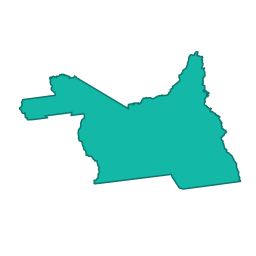 outline of Pimenta Bueno, Rondônia, Brazil, rotated 353°
{"feature_id": "56859067B24271641905673", "entity_name": "Pimenta Bueno", "entity_type": "district", "adm_level": 2, "iso_a3": "BRA", "parent_name": "Brazil", "parent_adm1": "Rondônia", "projection": "orthographic", "projection_center": [-60.823, -11.862], "detail": "fine", "context": "isolated", "style": "filled", "palette": "teal", "viewbox_px": 256, "rotation_deg": 353, "n_neighbors": 0, "source": "geoboundaries", "source_scale": "gbopen_adm2", "svg_char_len": 5800}
<svg xmlns="http://www.w3.org/2000/svg" viewBox="0 0 256 256"><g transform="rotate(353 128 128)"><path d="M27.0,87.0L26.5,88.2L25.4,89.5L25.9,91.3L25.6,91.9L25.5,92.5L25.2,92.9L25.4,93.4L22.9,94.8L22.8,95.6L23.1,96.3L23.9,96.5L23.9,97.0L24.4,97.9L24.3,98.8L25.0,100.3L25.7,100.7L26.3,100.7L27.0,100.4L27.9,100.8L27.7,101.5L27.4,101.9L27.3,102.5L27.8,103.3L27.3,104.5L27.6,105.1L28.1,105.6L28.7,105.5L29.3,105.7L29.1,107.3L29.6,107.7L35.1,108.1L49.2,108.0L48.7,107.0L47.7,105.9L74.1,105.7L73.8,106.3L73.2,108.6L84.8,108.5L85.9,108.6L86.0,109.3L86.3,109.8L86.3,110.3L86.2,110.9L85.7,112.7L85.3,113.1L83.8,113.9L83.3,114.3L82.7,115.2L81.5,117.9L81.5,119.9L80.9,121.4L80.3,122.3L78.9,123.6L78.4,124.7L77.8,127.7L77.9,129.4L78.1,130.1L78.0,130.9L77.5,132.0L77.8,132.7L77.9,134.3L78.2,134.8L79.0,135.2L80.5,135.7L80.4,136.4L80.8,136.7L80.8,137.2L81.0,137.7L80.8,138.4L80.8,139.1L81.2,140.7L81.7,142.0L81.5,142.6L81.5,143.7L82.5,144.7L83.3,145.9L83.2,147.2L83.5,148.1L83.3,148.9L83.5,149.4L83.1,149.8L83.6,150.1L84.5,150.1L85.2,151.0L85.7,151.3L87.9,151.4L88.5,151.8L88.9,153.2L89.5,153.8L90.1,155.1L90.6,155.4L91.1,156.6L92.6,156.8L93.1,157.0L93.2,158.2L93.5,160.2L93.4,161.6L93.9,162.2L94.4,163.2L94.4,164.0L93.9,164.8L93.7,165.7L94.2,167.6L94.2,168.2L94.0,168.7L93.2,169.5L92.6,170.6L92.8,171.5L92.5,172.2L92.4,173.1L91.3,174.5L90.6,174.9L90.0,175.8L88.0,175.9L88.0,176.9L88.3,177.7L87.8,178.3L87.6,178.9L88.0,179.3L96.4,179.4L165.3,179.3L166.0,182.3L167.5,185.0L168.4,187.2L171.1,192.6L171.8,193.8L174.6,195.1L176.3,195.3L233.0,194.7L233.2,194.1L233.1,193.6L232.3,193.1L232.1,192.2L232.3,191.6L232.9,191.3L232.7,190.2L231.9,189.1L232.1,188.4L232.0,186.9L232.5,185.9L232.5,185.4L232.4,184.7L231.8,183.7L231.5,182.6L231.6,181.6L231.1,181.0L231.0,180.3L231.0,179.4L231.2,178.6L231.1,178.0L231.4,176.8L231.1,176.1L230.5,175.5L230.4,175.0L229.4,173.8L229.2,172.9L229.2,172.0L228.4,170.7L228.1,169.2L227.5,167.8L226.3,166.9L225.3,165.7L225.0,165.0L224.2,164.7L223.1,163.9L222.7,163.3L223.4,162.1L223.1,161.4L221.7,160.4L221.2,159.7L221.4,159.3L221.3,158.7L221.3,158.2L221.0,156.4L220.7,155.8L221.0,155.4L220.3,154.7L220.4,154.0L220.6,153.6L220.7,152.7L220.4,152.3L219.8,151.9L219.5,150.3L219.2,149.8L219.1,149.2L220.2,148.5L220.8,147.7L222.2,147.2L222.3,146.5L222.8,146.2L223.2,145.3L224.5,144.7L225.2,144.0L224.6,143.4L224.7,142.3L224.2,142.3L223.0,141.5L222.5,140.6L221.4,140.4L221.1,139.9L221.2,139.4L221.6,138.2L221.2,137.8L221.0,136.8L221.4,136.0L221.6,134.5L221.0,134.6L220.9,133.7L221.2,132.9L220.2,131.7L220.1,131.0L219.3,129.9L219.3,129.4L219.5,128.8L220.5,128.2L218.9,126.7L218.3,127.0L217.8,126.3L216.4,125.7L216.4,125.1L216.9,125.1L216.5,124.7L216.3,124.1L215.8,124.1L214.1,122.6L213.8,122.1L213.2,121.7L212.7,122.2L211.8,121.8L211.4,121.2L212.6,119.3L212.1,119.4L212.0,118.8L211.6,119.2L211.0,118.8L210.8,118.3L210.2,117.7L209.6,117.6L209.3,116.5L208.8,116.4L208.6,115.9L208.2,115.2L207.3,115.0L206.7,114.5L206.8,113.9L206.8,112.5L207.2,112.2L207.9,111.3L207.9,110.5L207.6,110.0L207.5,108.4L208.1,108.5L209.4,106.6L209.6,105.9L210.7,106.1L211.0,106.5L211.8,105.5L211.3,105.2L210.1,105.0L210.0,104.3L210.3,103.6L212.1,103.8L212.7,103.3L212.2,102.6L211.6,102.3L211.0,102.5L210.0,102.3L210.5,101.2L209.4,100.2L208.8,100.5L208.4,101.2L207.9,101.3L207.4,100.9L207.2,100.4L207.4,100.0L208.8,98.9L208.9,98.4L209.1,97.9L209.0,97.3L209.4,95.9L209.1,95.1L207.8,94.7L206.9,94.2L207.1,93.4L207.6,92.6L208.0,92.8L208.0,92.3L208.4,90.4L208.0,89.8L208.3,89.2L208.0,88.6L208.5,87.8L209.1,87.5L209.6,86.9L209.7,86.3L210.9,85.5L210.6,84.3L211.1,82.4L211.0,81.8L210.7,81.4L210.5,80.9L210.3,79.2L211.1,78.3L211.0,77.8L210.0,78.1L209.1,77.5L208.5,77.4L209.0,76.9L209.3,75.8L209.9,74.7L210.3,73.4L210.0,72.3L209.5,72.0L210.2,70.1L209.9,69.7L209.9,69.1L209.5,68.9L210.2,68.2L210.7,67.0L210.4,66.1L209.3,66.4L208.8,65.9L207.9,65.6L206.7,64.9L205.6,64.6L205.2,64.0L205.7,63.7L205.6,63.1L206.2,62.6L206.6,61.0L204.9,60.7L204.2,61.2L203.8,61.9L203.2,62.3L202.5,63.6L202.0,63.9L199.6,63.0L198.6,63.3L197.5,64.6L197.2,65.5L196.8,65.9L196.8,66.8L196.2,68.8L195.1,70.5L194.9,71.0L195.1,72.0L194.6,72.6L193.6,74.5L193.4,75.3L193.0,75.5L192.2,76.2L189.8,77.2L189.5,78.1L188.5,79.5L187.7,81.0L185.2,81.8L184.8,83.5L185.5,86.6L185.5,87.2L179.6,90.9L179.1,91.3L177.8,91.8L177.4,92.1L177.3,93.8L176.2,94.0L175.6,94.5L175.2,95.2L174.6,95.4L174.8,96.1L174.2,97.6L173.7,97.4L172.8,98.1L172.2,99.0L172.0,99.7L170.7,100.2L169.4,100.1L168.8,100.2L168.1,100.1L167.0,100.3L166.4,99.6L165.6,99.5L165.1,100.2L164.5,99.9L164.0,99.8L162.9,99.9L162.1,99.7L160.9,100.5L160.1,100.4L158.0,101.6L157.0,101.9L156.1,101.9L155.7,101.6L155.1,101.6L154.8,101.2L153.7,100.6L152.2,100.5L150.9,100.8L150.2,100.6L149.8,100.0L148.6,100.6L148.1,100.4L147.4,100.3L146.6,100.5L146.1,101.3L145.6,101.6L144.9,102.9L144.6,103.4L143.9,103.9L144.0,104.6L142.8,105.3L142.2,104.9L142.0,105.5L141.3,105.3L141.4,104.4L140.0,104.4L138.6,104.1L137.9,104.3L137.4,104.0L136.9,104.1L137.1,104.9L136.1,105.5L136.0,104.7L135.8,104.3L133.7,104.7L132.3,104.4L131.8,104.8L131.3,104.9L131.1,105.6L131.2,106.4L130.7,106.8L130.4,107.9L131.0,108.1L130.9,108.9L130.2,108.5L85.5,73.8L82.7,71.7L82.7,71.1L81.3,69.9L80.6,70.9L80.1,71.3L79.4,71.3L78.8,71.6L78.0,71.6L77.7,71.2L77.0,71.0L76.5,71.2L76.4,70.6L75.9,70.9L76.0,69.8L74.9,69.2L74.1,69.3L73.9,68.7L73.4,68.3L71.8,67.8L71.3,68.1L71.1,67.3L70.1,67.6L70.2,66.9L69.2,66.6L68.6,66.8L68.0,67.4L67.5,67.3L67.0,66.8L66.2,67.8L64.7,68.3L63.7,67.8L63.3,68.3L63.0,69.1L62.5,68.8L61.9,68.1L60.9,68.3L60.5,67.7L59.0,67.8L58.9,68.9L58.4,69.3L57.2,68.1L56.8,68.3L56.3,68.8L56.5,69.4L56.7,70.2L56.7,71.1L56.9,71.7L56.9,72.8L56.3,73.0L56.6,75.5L57.8,76.7L57.9,77.5L57.4,78.4L56.6,79.3L56.6,80.1L56.7,80.9L57.3,81.8L58.1,82.2L58.8,83.3L59.9,84.6L60.1,85.7L59.5,86.7L35.0,87.0L27.0,87.0Z" fill="#14b8a6" stroke="#0f766e" stroke-width="1.5"/></g></svg>